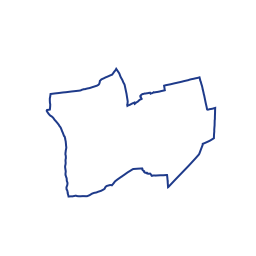 the district of Verbita, Dolj, Romania, rotated 146°
{"feature_id": "2599482B41750361793575", "entity_name": "Verbita", "entity_type": "district", "adm_level": 2, "iso_a3": "ROU", "parent_name": "Romania", "parent_adm1": "Dolj", "projection": "natural_earth1", "projection_center": [23.176, 44.286], "detail": "fine", "context": "isolated", "style": "outline", "palette": "blue", "viewbox_px": 256, "rotation_deg": 146, "n_neighbors": 0, "source": "geoboundaries", "source_scale": "gbopen_adm2", "svg_char_len": 5640}
<svg xmlns="http://www.w3.org/2000/svg" viewBox="0 0 256 256"><g transform="rotate(146 128 128)"><path d="M215.6,104.4L215.3,104.2L214.3,103.7L213.4,103.2L212.5,102.5L210.6,101.7L209.6,101.3L209.1,101.1L208.7,100.6L208.2,99.9L207.9,99.7L206.7,98.7L205.6,98.0L203.4,96.7L202.4,96.0L201.9,95.6L201.5,95.3L200.6,94.7L200.1,94.4L199.9,94.3L197.4,93.8L194.5,93.7L194.0,93.5L193.6,93.5L192.2,93.1L190.7,92.4L190.1,92.2L189.2,92.0L188.6,91.9L185.5,91.0L183.7,90.8L182.7,90.7L182.3,90.7L181.5,90.7L181.4,90.7L181.0,90.9L180.2,91.5L179.4,91.7L178.5,91.8L178.3,91.9L176.7,91.4L175.2,90.9L174.6,90.6L174.4,90.5L174.1,90.3L173.8,90.0L173.4,89.5L172.7,89.7L171.9,89.9L171.0,90.2L170.7,90.2L170.2,90.5L169.5,90.7L169.2,90.8L168.0,91.1L167.6,91.1L166.7,91.1L166.2,91.2L161.3,91.3L161.0,91.3L160.6,91.2L159.9,91.3L157.5,91.3L154.0,91.4L152.2,91.4L150.9,91.3L147.7,91.2L146.7,91.1L146.3,90.9L142.3,88.6L140.8,87.7L138.8,86.5L138.8,86.4L139.0,86.0L139.3,85.6L139.4,85.2L139.4,84.8L139.3,84.5L139.1,84.0L139.0,83.7L138.9,83.4L138.8,83.2L139.2,82.7L139.1,82.4L138.9,81.6L138.8,81.3L138.6,81.2L138.3,81.0L138.1,80.9L138.0,80.5L137.5,80.3L137.3,80.2L137.3,79.9L137.3,79.6L137.2,79.4L137.3,79.3L136.6,78.6L136.4,78.6L135.5,78.0L135.3,77.8L135.1,77.7L135.1,77.2L135.0,76.8L135.0,76.5L135.0,76.1L135.1,75.6L135.1,75.3L135.1,75.1L134.9,74.9L133.9,74.7L133.7,74.5L133.1,74.2L132.3,73.6L132.0,73.3L131.7,73.2L131.3,72.9L127.9,70.9L126.7,70.1L125.9,69.6L125.4,69.2L122.0,67.3L121.9,67.2L123.0,65.1L124.6,62.2L124.6,61.9L124.7,61.7L125.1,61.4L125.2,61.2L125.6,60.5L126.2,59.5L126.4,59.1L127.5,57.2L127.9,56.5L127.7,56.5L123.7,57.4L118.8,58.5L99.1,62.7L89.0,65.1L84.0,66.4L83.1,66.9L77.9,70.6L75.6,72.2L75.1,72.8L75.0,73.0L74.9,73.1L73.3,72.7L69.3,72.0L67.2,71.7L65.5,71.6L62.5,71.5L60.5,74.3L59.3,75.8L58.4,76.9L57.5,78.3L56.1,80.1L54.8,81.7L51.9,85.8L51.0,86.8L49.7,88.7L47.5,91.7L45.4,94.7L44.5,95.9L45.7,96.3L46.4,96.5L46.8,96.6L48.2,97.2L48.7,97.4L49.2,97.7L49.4,97.8L49.9,98.0L50.6,98.2L51.0,98.3L51.5,98.6L51.9,98.8L52.0,99.0L52.0,99.3L51.7,100.0L51.2,101.1L49.7,105.0L49.5,105.5L46.6,112.5L46.3,113.5L45.7,114.9L44.5,118.0L44.4,118.2L44.4,118.5L44.1,119.0L43.1,121.6L43.0,122.0L42.8,122.7L42.5,123.7L41.8,125.7L41.7,126.3L41.6,126.9L41.5,127.1L41.4,127.2L40.5,129.7L40.4,130.0L41.4,130.3L42.0,130.5L44.4,131.5L46.3,132.2L47.2,132.6L48.4,133.1L50.1,133.7L51.1,133.9L55.7,135.7L57.2,136.2L59.6,137.1L60.3,137.4L62.9,138.4L64.6,139.1L68.4,140.5L72.6,142.3L74.4,142.9L74.9,141.9L75.6,140.3L76.0,139.6L76.4,138.7L76.7,138.8L80.0,140.1L81.2,140.5L83.4,141.4L83.9,141.7L84.6,142.0L85.4,142.4L86.2,142.7L86.4,142.9L86.5,143.1L86.7,143.3L87.1,143.2L88.6,143.4L89.1,143.6L89.8,143.9L90.1,143.9L90.1,144.1L90.0,144.9L91.0,145.4L92.1,145.8L93.3,146.4L94.1,146.7L94.8,147.2L95.2,147.4L95.8,147.5L96.4,147.7L96.9,148.0L98.1,148.1L98.3,148.1L99.0,147.9L99.6,147.8L99.8,147.7L99.7,147.3L99.7,147.2L99.8,147.1L100.0,147.0L99.9,146.9L100.1,146.5L100.3,145.6L100.3,145.1L100.4,144.5L100.6,144.5L100.9,144.6L101.2,144.6L101.4,144.6L101.7,144.7L102.4,144.8L103.0,144.8L104.0,144.6L104.6,144.5L105.3,144.4L107.4,144.6L108.0,144.3L108.9,144.3L108.5,145.5L109.1,145.6L110.4,145.9L112.2,146.1L113.4,146.2L113.9,146.3L114.8,146.5L115.2,146.6L115.5,146.7L115.8,146.7L116.1,146.7L115.8,147.5L115.5,147.9L114.9,148.3L114.7,148.5L114.4,149.0L113.9,149.5L113.5,150.0L112.9,151.2L111.7,153.8L110.1,157.2L108.4,161.4L107.1,164.6L106.7,165.6L106.5,166.6L106.4,168.2L106.3,168.8L105.9,170.6L105.7,172.6L105.7,173.1L105.5,174.8L104.7,178.2L104.7,178.3L104.7,180.3L104.7,181.3L104.7,183.6L105.8,183.0L106.8,182.7L108.2,182.3L109.1,181.9L110.0,181.6L111.3,181.1L113.0,181.5L115.4,181.9L117.5,182.3L117.8,182.4L118.2,182.5L120.1,182.7L122.9,183.2L123.2,183.1L124.1,182.9L124.9,182.8L125.2,182.6L125.6,182.0L127.0,180.8L127.4,180.6L128.0,180.4L128.5,180.3L129.1,180.4L129.8,180.4L130.6,180.6L133.0,181.3L133.4,181.4L134.3,181.7L136.9,182.4L137.8,182.7L139.4,183.4L141.0,184.0L141.3,184.0L141.8,184.2L142.2,184.4L142.5,184.6L143.2,185.0L143.4,185.0L143.8,185.1L144.2,185.3L145.0,185.5L146.0,185.6L146.6,185.8L147.5,186.2L154.5,189.9L156.5,190.9L159.7,192.5L161.6,193.6L166.2,195.9L169.2,197.5L172.8,199.3L173.2,199.5L174.1,198.5L174.6,197.9L176.1,196.4L176.3,196.2L177.4,194.6L178.6,192.6L179.3,191.0L180.4,189.5L182.1,187.4L182.5,187.0L184.1,187.7L184.6,188.0L184.9,188.2L185.2,188.2L185.8,187.7L185.9,186.4L185.9,184.7L185.8,183.5L185.6,182.1L185.3,181.2L184.9,180.6L184.5,179.2L184.3,178.1L184.3,175.8L184.0,174.0L183.7,171.1L183.7,170.6L183.6,169.8L183.6,169.3L183.7,168.2L183.7,167.6L183.6,167.0L183.6,166.4L183.6,165.9L183.9,164.4L184.1,163.5L184.5,161.9L184.6,161.0L185.1,158.8L185.5,157.2L185.5,156.9L185.4,156.6L185.3,156.4L185.4,156.1L185.7,155.2L185.9,154.8L186.0,154.3L186.3,153.9L186.6,153.1L187.2,151.6L187.6,150.9L188.4,149.4L189.1,148.2L190.0,146.4L190.4,145.9L191.0,145.3L191.9,144.4L192.4,143.9L193.0,143.1L193.4,142.8L193.6,142.4L193.8,142.2L194.3,141.6L194.5,141.4L194.7,140.9L195.2,139.6L196.4,137.7L196.6,137.5L197.1,137.1L198.0,136.0L198.3,135.5L198.7,134.8L198.9,134.4L199.6,133.4L200.5,132.4L200.9,132.1L201.1,131.9L201.8,131.1L202.2,130.4L203.7,127.2L204.2,126.4L204.6,126.0L205.1,125.4L205.6,124.8L205.8,124.5L205.9,124.1L206.2,123.7L206.4,122.7L206.7,121.9L206.8,121.4L206.9,120.9L207.0,120.7L207.1,120.4L208.3,118.4L208.6,117.2L208.7,116.8L208.8,116.5L209.1,116.0L209.3,115.7L210.1,114.8L210.7,114.3L212.0,113.4L212.3,113.1L212.9,112.1L213.2,111.5L213.3,111.3L213.2,110.9L213.4,109.9L213.5,109.6L213.9,108.7L214.3,108.0L214.4,107.8L214.3,107.7L214.6,107.2L214.8,106.8L214.9,106.2L215.1,105.8L215.5,104.6L215.6,104.4Z" fill="none" stroke="#1e3a8a" stroke-width="2"/></g></svg>